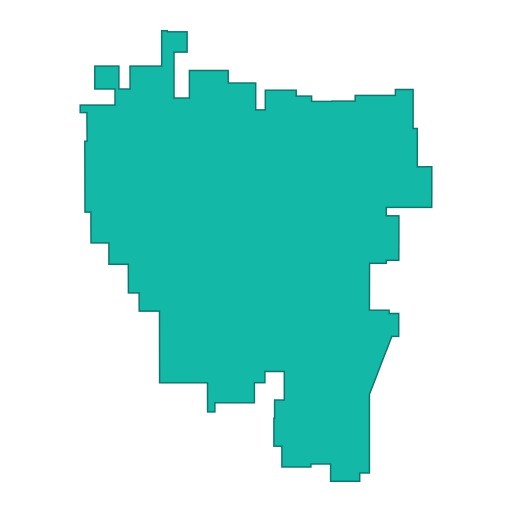 Mount Magnet, Western Australia, Australia (Equal Earth projection)
{"feature_id": "25037944B8385607479474", "entity_name": "Mount Magnet", "entity_type": "district", "adm_level": 2, "iso_a3": "AUS", "parent_name": "Australia", "parent_adm1": "Western Australia", "projection": "equal_earth", "projection_center": [117.985, -28.291], "detail": "fine", "context": "isolated", "style": "filled", "palette": "teal", "viewbox_px": 512, "rotation_deg": 0, "n_neighbors": 0, "source": "geoboundaries", "source_scale": "gbopen_adm2", "svg_char_len": 1921}
<svg xmlns="http://www.w3.org/2000/svg" viewBox="0 0 512 512"><path d="M108.3,66.1L94.8,66.1L94.8,89.0L115.0,89.0L115.0,105.1L80.2,105.1L80.2,112.6L86.9,112.6L87.1,141.2L84.8,141.2L85.0,212.1L90.9,212.1L90.9,217.4L91.0,242.9L99.5,242.9L108.9,242.9L108.9,264.3L128.3,264.3L128.4,292.9L129.0,292.9L139.1,292.9L139.2,311.1L159.5,311.1L159.6,382.8L207.5,382.8L207.6,411.9L214.9,411.9L214.9,402.8L227.0,402.8L232.2,402.8L238.3,402.8L244.3,402.8L250.3,402.8L254.4,402.8L254.4,382.7L264.9,382.7L264.9,371.5L284.3,371.5L284.3,400.0L274.6,400.0L274.6,418.3L273.9,418.3L273.9,446.2L281.9,446.2L281.9,458.5L281.9,467.0L293.1,467.0L296.2,467.0L310.9,467.0L310.9,464.0L330.6,464.0L330.6,481.3L359.7,481.3L359.7,473.0L369.4,473.0L369.4,442.3L369.4,439.6L369.4,421.8L369.4,408.1L369.4,394.4L371.3,389.4L372.8,385.7L375.2,379.5L379.0,369.5L381.9,361.9L383.8,357.0L388.1,346.1L389.1,343.4L391.8,336.4L398.7,336.4L398.7,313.5L389.1,313.5L389.1,310.2L369.4,310.2L369.5,272.1L369.5,263.3L386.3,263.3L386.3,260.3L398.8,260.3L398.9,238.4L398.9,235.6L398.9,226.0L398.9,215.8L386.3,215.8L386.3,207.4L431.7,207.4L431.8,194.6L431.8,166.7L422.9,166.8L417.3,166.8L417.3,128.5L413.1,128.5L413.1,95.2L413.1,89.5L405.7,89.5L395.4,89.5L395.4,95.4L382.2,95.4L363.6,95.4L355.2,95.4L355.2,101.1L332.1,101.1L332.1,101.4L313.3,101.4L311.6,101.4L311.6,100.2L311.6,96.1L304.3,96.1L296.2,96.1L296.2,90.2L291.3,90.2L290.2,90.2L265.3,90.2L265.3,109.9L255.7,109.9L255.7,92.9L255.7,87.7L255.7,83.0L243.8,83.0L228.2,83.0L228.2,70.5L220.4,70.5L219.5,70.5L212.5,70.5L203.6,70.5L200.1,70.5L189.4,70.5L189.4,98.0L174.0,98.0L174.0,52.1L176.4,52.1L179.9,52.1L187.1,52.1L187.1,50.9L187.1,50.0L187.1,31.8L167.3,31.8L167.3,30.7L161.7,30.7L161.7,51.4L161.7,52.2L161.7,66.1L157.4,66.1L151.9,66.1L149.8,66.1L145.4,66.1L141.0,66.1L137.8,66.1L134.5,66.1L130.0,66.1L130.1,89.0L118.9,89.0L118.9,66.1L109.2,66.1L108.3,66.1Z" fill="#14b8a6" stroke="#0f766e" stroke-width="1.5"/></svg>